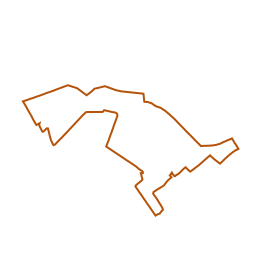 Marg, Al Qahirah, Egypt, rotated 223°
{"feature_id": "37247803B51665438591487", "entity_name": "Marg", "entity_type": "district", "adm_level": 2, "iso_a3": "EGY", "parent_name": "Egypt", "parent_adm1": "Al Qahirah", "projection": "natural_earth1", "projection_center": [31.344, 30.156], "detail": "fine", "context": "isolated", "style": "outline", "palette": "amber", "viewbox_px": 256, "rotation_deg": 223, "n_neighbors": 0, "source": "geoboundaries", "source_scale": "gbopen_adm2", "svg_char_len": 5534}
<svg xmlns="http://www.w3.org/2000/svg" viewBox="0 0 256 256"><g transform="rotate(223 128 128)"><path d="M47.5,85.1L46.8,86.3L46.4,87.0L46.5,87.7L46.6,88.4L46.7,89.3L46.7,90.1L46.7,91.0L46.6,91.9L47.3,92.5L47.9,92.7L48.5,93.0L50.3,93.6L51.1,93.8L52.1,94.1L52.9,94.3L53.7,94.5L56.2,95.2L57.0,95.4L58.5,95.8L59.3,96.0L59.9,96.1L60.6,96.3L61.3,96.4L61.9,96.5L62.5,96.6L63.3,96.8L64.0,96.9L64.9,97.2L65.7,98.6L65.2,100.3L65.0,101.3L64.5,103.5L64.2,104.6L63.9,105.5L63.0,108.7L62.8,109.5L62.7,110.2L62.6,111.1L62.7,112.0L62.9,113.7L63.1,116.3L63.0,117.0L63.0,117.7L62.9,118.4L62.8,119.2L62.7,120.5L62.6,121.6L65.1,121.9L65.1,122.9L65.4,124.1L65.5,125.3L64.7,125.0L64.0,124.8L63.3,124.7L62.6,124.6L61.2,124.4L60.7,125.0L60.7,126.2L60.5,127.0L60.1,127.6L59.9,128.5L59.8,129.8L59.6,131.4L59.6,132.9L59.5,135.5L59.3,137.5L59.1,138.6L57.3,138.5L54.1,138.4L52.8,138.5L52.2,141.2L51.6,144.8L50.8,149.1L50.1,156.7L49.8,159.9L49.3,164.0L48.5,163.9L47.1,163.9L44.4,164.0L43.2,164.0L42.4,164.1L40.3,164.3L39.3,164.4L38.3,164.5L37.5,164.5L36.4,164.7L36.1,169.5L36.1,170.7L35.8,174.5L35.5,177.3L34.8,182.2L33.9,186.0L33.5,186.4L33.4,186.5L33.0,188.0L33.4,188.1L34.3,188.4L34.8,188.6L35.2,188.7L35.9,188.9L36.6,189.0L36.8,189.1L37.2,189.2L37.5,189.3L38.1,189.5L38.6,189.6L38.9,189.6L39.1,189.6L39.4,189.7L39.5,189.7L40.0,189.8L41.1,190.2L41.5,190.3L42.3,190.6L43.1,190.8L43.5,190.9L44.5,191.2L44.9,191.3L45.0,191.1L45.2,190.4L45.5,189.7L45.6,189.4L46.1,188.4L46.9,186.7L47.6,184.9L48.2,183.7L48.4,183.3L48.8,182.2L49.0,182.0L49.0,181.8L49.1,181.5L49.4,180.7L49.5,180.3L49.8,179.5L50.1,178.9L50.3,178.7L50.5,178.3L51.3,177.0L51.6,176.4L51.8,176.1L52.0,175.9L52.1,175.7L52.4,175.3L53.8,173.5L54.1,173.1L54.4,172.8L54.9,172.2L55.1,172.0L55.2,171.9L55.5,171.6L55.6,171.4L56.0,171.1L56.1,170.9L56.3,170.7L57.6,169.4L58.8,168.2L59.4,167.6L59.5,167.5L59.8,167.2L60.1,166.9L60.5,166.5L61.2,165.8L62.0,165.0L62.4,164.5L62.7,164.5L63.2,164.6L63.3,164.6L63.6,164.6L64.5,164.6L64.8,164.7L65.7,164.7L66.0,164.7L67.3,164.7L67.7,164.7L68.3,164.8L68.5,164.8L68.9,164.8L69.1,164.8L69.5,164.8L69.9,164.8L70.3,164.8L71.0,164.8L71.6,164.9L71.9,164.9L72.4,164.9L73.0,165.0L73.6,165.0L74.1,165.0L74.5,165.0L74.9,165.1L75.0,165.1L75.6,165.1L75.9,165.1L76.2,165.1L76.5,165.2L77.1,165.2L77.5,165.2L77.8,165.2L78.5,165.2L79.4,165.2L80.7,165.3L82.2,165.3L83.4,165.4L84.7,165.4L85.5,165.5L87.0,165.6L87.6,165.6L95.6,166.0L95.9,166.0L96.1,166.1L96.5,166.1L96.9,166.1L97.6,166.2L97.9,166.2L98.3,166.2L98.7,166.2L99.2,166.2L99.4,166.3L99.8,166.3L100.3,166.3L100.7,166.3L101.7,166.3L102.7,166.3L102.8,166.3L103.9,166.2L104.3,166.2L104.9,166.2L105.6,166.2L106.3,166.2L106.5,166.2L106.9,166.2L108.1,166.2L108.7,166.1L109.1,166.1L110.0,166.0L110.5,166.0L111.8,166.0L112.1,166.0L112.4,165.9L112.8,165.9L113.0,165.9L113.4,165.9L113.5,165.8L113.7,165.7L113.9,165.7L114.1,165.6L114.5,165.5L114.8,165.5L115.2,165.4L116.0,165.3L117.0,165.2L117.4,165.1L117.8,165.0L118.0,165.0L118.1,164.9L118.4,164.8L118.8,164.6L119.4,164.3L119.6,164.2L120.1,163.9L120.6,163.8L121.4,163.4L121.6,163.4L121.9,163.3L122.0,163.2L122.3,163.1L122.7,162.8L123.5,162.8L124.1,162.7L124.7,162.6L125.0,162.5L125.3,162.5L125.7,162.5L125.9,162.4L126.0,162.4L126.9,162.3L127.3,162.2L127.6,162.1L127.8,162.1L128.0,162.0L128.3,161.8L128.8,161.6L129.9,161.1L130.5,160.8L131.0,160.6L131.4,160.4L131.9,160.0L132.3,159.6L132.9,159.2L133.0,159.1L133.4,158.8L133.7,158.5L133.9,158.3L134.0,158.3L138.2,162.0L140.1,163.6L157.8,150.3L162.7,147.4L173.3,142.9L179.3,133.8L179.6,129.4L180.6,123.7L192.4,122.4L201.1,118.3L207.0,106.6L208.1,104.2L208.9,102.8L209.9,100.7L210.9,99.1L212.1,96.6L213.6,93.5L214.1,92.6L214.9,91.0L215.8,89.4L217.9,85.3L218.4,84.4L220.1,81.3L220.7,79.9L221.2,79.1L222.2,77.4L223.0,75.8L219.0,74.7L218.3,74.5L213.7,73.0L211.2,72.2L210.5,72.0L207.1,71.0L203.7,69.7L197.1,67.7L196.6,69.1L195.9,71.2L195.6,70.6L195.2,69.9L194.5,69.3L193.8,69.0L192.3,68.4L191.0,68.0L189.0,67.2L188.4,67.0L187.6,67.2L187.3,68.2L187.3,69.3L187.3,70.3L187.3,71.5L187.1,72.4L186.3,73.1L185.4,72.5L184.7,72.1L183.4,71.2L182.6,70.7L181.2,69.8L179.6,68.7L178.9,68.3L177.6,67.5L176.9,67.1L176.4,66.8L175.7,66.5L175.2,66.2L174.7,66.0L174.1,65.8L173.3,65.5L172.0,65.0L171.4,64.8L170.7,64.7L170.1,66.3L170.0,73.3L169.9,75.4L169.8,85.7L169.8,89.0L169.8,94.1L169.8,97.2L169.8,100.3L169.8,106.6L169.5,110.8L168.9,111.7L168.0,112.6L164.3,116.0L160.3,119.8L159.8,120.3L159.2,120.8L158.4,121.5L157.7,122.3L157.4,122.9L157.5,123.8L157.6,124.7L157.1,125.1L156.0,125.7L154.1,126.8L153.1,127.4L151.5,128.3L150.5,128.8L149.9,129.2L149.3,129.7L148.4,130.3L147.6,130.7L146.8,130.9L146.1,130.9L145.2,130.7L144.3,130.0L143.7,129.0L143.4,128.1L142.7,126.6L142.3,125.6L141.2,123.1L140.9,122.3L140.6,121.5L140.3,120.7L140.0,120.1L139.1,118.3L138.4,116.6L138.1,115.8L137.6,114.8L137.2,113.9L136.2,111.4L135.7,110.2L134.6,107.7L133.6,105.4L132.9,103.4L132.6,102.7L132.2,101.9L131.9,101.1L131.3,99.6L124.9,100.6L124.2,100.7L123.0,100.9L120.6,101.3L118.4,101.7L114.0,102.4L112.4,102.6L111.6,102.8L106.9,103.5L104.4,104.0L101.8,104.4L100.7,104.6L100.1,104.7L99.3,104.8L98.6,104.9L97.9,105.0L96.7,105.2L95.7,105.4L94.7,105.4L94.1,105.4L92.5,105.4L88.1,106.1L87.4,106.1L86.4,105.1L86.8,104.6L87.8,103.7L87.2,103.4L86.5,102.9L85.6,102.4L84.7,101.7L84.2,101.3L83.3,100.9L82.2,100.1L82.2,98.8L82.4,97.6L82.6,95.7L82.8,94.6L82.9,93.5L83.1,91.8L83.0,90.6L82.3,90.2L79.5,89.6L78.8,89.5L77.8,89.2L76.6,88.9L73.1,88.2L70.4,87.6L67.8,87.0L65.7,86.6L64.6,86.3L62.8,85.9L60.3,85.4L57.7,84.8L55.0,84.2L48.1,82.7L47.5,85.1Z" fill="none" stroke="#b45309" stroke-width="2"/></g></svg>